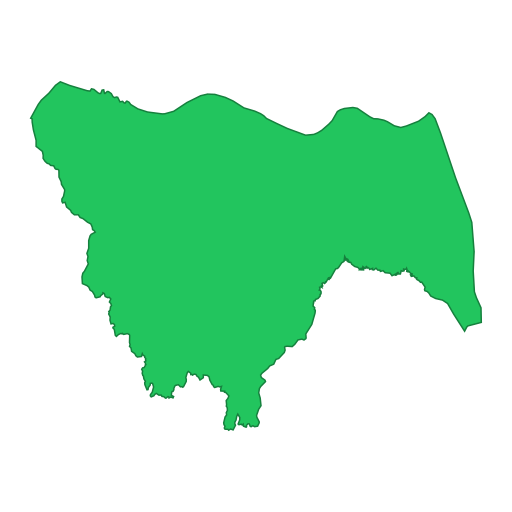 Nakay, Khammouan, Laos (Robinson projection), rotated 180°
{"feature_id": "54806243B86213796006306", "entity_name": "Nakay", "entity_type": "district", "adm_level": 2, "iso_a3": "LAO", "parent_name": "Laos", "parent_adm1": "Khammouan", "projection": "robinson", "projection_center": [105.229, 17.931], "detail": "fine", "context": "isolated", "style": "filled", "palette": "green", "viewbox_px": 512, "rotation_deg": 180, "n_neighbors": 0, "source": "geoboundaries", "source_scale": "gbopen_adm2", "svg_char_len": 6094}
<svg xmlns="http://www.w3.org/2000/svg" viewBox="0 0 512 512"><g transform="rotate(180 256 256)"><path d="M481.3,393.8L479.9,393.2L479.8,389.8L478.6,382.2L475.9,371.7L475.9,365.6L469.6,360.6L468.8,356.7L468.9,353.6L466.9,350.6L464.8,348.7L462.8,348.1L461.4,346.6L458.3,346.2L456.9,343.4L455.9,342.7L454.0,342.6L453.1,341.7L453.0,334.9L450.8,330.3L450.5,327.6L447.5,322.7L447.3,321.2L448.5,315.6L450.1,313.0L450.1,310.7L449.4,309.1L446.9,309.7L445.4,305.0L441.4,301.7L440.5,299.6L437.6,297.2L433.7,297.2L431.9,294.5L429.0,293.4L424.5,289.8L421.2,288.1L419.8,285.0L419.4,282.3L417.9,281.5L416.8,279.8L420.8,277.7L421.9,276.2L423.3,271.5L423.3,263.7L425.1,258.6L424.0,255.4L424.8,251.5L423.7,248.1L427.6,240.7L429.2,238.8L430.0,235.1L429.6,228.4L425.0,226.4L423.2,224.9L421.9,221.9L419.6,220.5L417.4,216.8L417.0,215.0L415.9,214.2L411.9,215.2L411.2,216.5L409.3,217.9L409.1,219.2L407.7,218.5L406.8,215.5L404.1,214.3L402.7,214.7L401.2,213.0L402.6,210.0L401.2,208.5L400.5,206.4L401.5,205.2L401.9,201.9L403.2,200.5L402.8,200.0L403.3,198.0L401.8,195.0L402.0,191.8L401.0,188.1L398.9,188.5L397.6,187.5L397.3,185.7L399.0,184.8L399.1,184.1L397.7,182.6L396.7,176.7L395.6,175.6L393.5,177.5L391.2,178.5L390.0,178.1L389.7,178.6L388.3,177.6L384.7,178.4L382.7,177.5L382.3,176.5L382.5,169.5L381.9,167.3L382.5,165.7L381.0,164.0L380.4,160.7L377.2,158.4L376.1,156.2L374.6,155.0L370.5,155.5L369.7,158.3L369.0,156.9L367.3,155.8L367.3,154.7L366.2,153.3L366.5,152.2L366.1,151.1L367.5,150.1L366.5,148.9L366.6,147.6L366.2,147.4L367.8,144.5L369.4,144.1L370.3,142.7L369.4,140.9L369.8,138.7L369.2,136.6L368.6,136.0L368.1,133.1L366.6,130.6L367.3,129.3L367.1,127.3L365.0,122.2L364.0,122.4L363.6,124.5L361.8,127.0L361.7,128.6L360.1,128.9L359.4,128.5L358.4,125.0L359.8,119.7L361.5,117.5L361.7,116.2L360.8,115.1L358.2,116.2L357.1,117.7L355.7,118.6L353.2,116.9L350.8,116.9L350.1,115.6L348.1,115.3L346.7,114.0L346.1,113.8L344.0,115.4L343.3,115.3L343.0,114.0L341.1,114.9L339.0,114.1L338.4,115.5L340.6,116.6L340.4,119.4L339.9,120.5L339.0,120.6L338.1,122.3L338.3,123.1L337.3,125.7L336.5,126.6L333.6,127.3L331.6,125.2L329.8,125.3L329.3,124.8L328.5,125.3L325.8,130.5L325.7,132.6L326.2,134.4L324.8,139.1L323.7,140.6L321.3,138.8L321.2,137.4L320.0,137.5L319.5,136.9L317.7,137.9L315.9,137.5L315.2,136.0L313.5,134.8L312.0,132.0L308.7,134.3L308.7,137.0L304.6,136.6L302.9,135.1L302.2,131.9L299.8,127.4L298.6,126.6L298.4,125.4L297.3,124.5L293.9,125.6L292.2,125.1L290.5,125.6L291.4,122.7L291.2,121.0L287.3,120.8L287.5,119.8L286.2,119.5L283.1,116.1L284.1,113.6L285.8,111.4L285.4,107.3L285.7,105.8L284.8,104.5L284.6,101.6L285.7,99.4L285.4,97.0L286.9,95.1L288.3,89.2L288.0,87.3L287.0,85.8L287.7,84.0L287.0,82.8L284.1,82.7L283.3,81.8L281.4,83.0L278.9,82.1L276.5,86.8L277.2,88.2L277.1,89.9L276.0,91.9L275.3,95.5L274.2,97.9L272.2,94.5L272.3,92.0L273.9,88.0L273.1,87.3L270.6,87.8L269.9,87.0L268.8,87.9L268.5,85.8L265.9,84.8L265.4,85.3L265.6,86.5L264.0,88.3L262.7,88.1L261.8,85.7L260.9,85.3L259.1,86.3L257.4,85.3L254.4,85.8L252.8,89.2L252.8,90.2L255.2,94.9L255.4,96.7L253.3,102.8L251.0,106.3L251.8,113.9L253.3,119.1L252.9,121.5L252.6,123.4L251.3,125.5L246.5,130.4L247.0,131.8L250.7,134.5L251.4,137.0L249.9,138.9L244.3,143.5L242.3,146.1L238.3,147.8L236.1,152.6L233.3,153.5L227.7,159.5L226.9,161.9L227.4,164.5L227.1,165.4L224.9,165.8L219.8,165.4L217.2,167.7L214.0,172.1L210.1,172.9L208.0,172.0L206.2,173.3L205.9,174.0L206.2,178.1L200.2,187.6L197.0,198.8L196.7,201.2L196.9,202.1L197.6,202.5L197.3,204.4L198.9,205.9L198.6,209.1L198.3,209.2L198.4,210.7L197.7,211.3L197.0,211.1L196.4,212.6L194.0,213.5L191.9,215.9L191.9,217.6L191.3,217.8L190.9,218.8L191.0,220.6L191.8,221.7L192.7,221.9L192.0,223.3L192.4,224.7L191.0,225.1L190.1,224.6L190.6,226.0L190.3,226.2L189.8,225.6L189.3,226.0L190.0,228.6L188.7,229.3L187.4,228.5L186.4,229.5L186.4,230.2L185.8,230.1L184.2,233.0L183.5,232.7L183.5,234.2L182.6,234.4L182.3,233.4L181.7,234.4L181.4,234.1L176.3,243.2L174.8,243.4L173.6,244.3L170.3,249.2L168.0,250.6L167.3,255.6L166.5,254.1L166.4,251.9L164.6,251.8L165.9,253.5L164.2,252.7L163.3,250.9L164.2,250.4L162.6,249.6L161.3,249.7L160.3,247.8L157.3,245.5L154.2,244.6L152.8,243.3L152.7,242.3L151.0,243.7L150.6,243.1L151.4,242.8L151.3,242.2L148.4,242.1L148.4,243.3L149.5,243.8L149.1,245.4L146.9,243.6L145.7,244.4L145.9,245.3L145.5,245.5L144.8,243.9L144.1,244.5L142.7,243.5L142.4,242.6L139.5,243.6L139.7,242.4L138.9,242.1L138.1,242.1L136.0,243.8L134.2,241.9L132.0,241.8L131.6,240.6L128.9,241.3L126.9,239.3L121.9,238.8L120.0,236.3L116.6,237.8L116.6,236.8L115.5,237.0L115.1,237.5L115.6,238.4L114.3,239.5L113.9,239.5L114.0,238.0L111.6,238.0L110.8,241.3L109.5,240.8L108.0,241.1L107.8,241.9L108.9,243.4L107.9,242.7L105.8,242.8L105.4,243.7L105.1,242.8L105.2,240.7L104.7,240.8L104.6,241.7L103.5,240.7L103.7,240.1L102.6,240.2L101.3,238.5L100.0,238.3L99.9,237.1L101.4,237.0L100.7,235.6L98.2,236.1L96.6,234.2L95.2,234.1L95.5,233.0L94.6,232.1L93.4,231.7L91.5,229.7L90.3,229.9L86.9,224.9L87.5,222.5L87.2,221.3L84.8,220.5L83.1,218.9L81.3,216.0L76.4,213.5L69.5,211.9L64.4,208.5L58.4,198.0L47.4,180.8L45.2,185.0L44.1,186.1L30.7,189.6L31.0,204.2L35.6,214.3L37.6,220.2L38.8,241.0L37.9,260.4L40.2,289.6L43.2,298.9L56.5,334.3L71.5,379.0L76.9,393.3L80.0,397.5L83.1,399.2L86.9,395.4L93.4,390.8L105.6,386.0L111.2,384.5L117.7,386.2L124.6,390.3L128.1,391.8L134.1,393.1L138.4,393.3L142.2,395.2L154.7,403.7L159.1,404.5L167.7,403.5L171.7,402.2L174.6,400.5L179.8,391.4L183.1,387.9L190.1,381.8L194.3,379.2L198.1,377.6L206.4,376.8L224.6,383.5L235.5,388.6L245.5,393.5L248.2,396.2L251.4,398.3L257.3,400.9L268.1,404.1L278.9,411.0L286.7,414.6L297.1,417.6L304.4,417.9L311.3,416.3L325.0,409.5L338.3,400.7L347.3,398.2L349.8,398.1L364.5,400.0L374.1,403.1L381.3,407.5L382.9,409.7L384.8,410.8L385.5,410.8L386.9,408.9L387.9,409.1L389.4,410.7L392.0,410.1L394.3,414.7L395.5,415.0L397.5,414.4L399.0,415.3L400.7,418.4L403.5,420.4L404.8,420.5L407.0,418.5L407.5,418.6L408.3,422.2L409.9,421.9L411.3,418.5L412.3,418.4L413.9,419.1L418.1,422.6L420.5,423.2L422.0,420.9L424.9,421.3L442.5,426.6L451.7,430.2L456.5,426.7L463.1,418.8L470.7,411.8L473.8,407.5L481.3,393.8Z" fill="#22c55e" stroke="#15803d" stroke-width="1.5"/></g></svg>